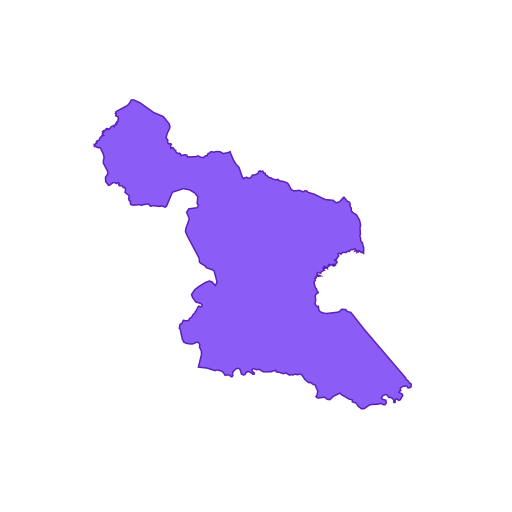 outline of Folon, Denguélé, Ivory Coast, rotated 238°
{"feature_id": "98640826B69523806833990", "entity_name": "Folon", "entity_type": "district", "adm_level": 2, "iso_a3": "CIV", "parent_name": "Ivory Coast", "parent_adm1": "Denguélé", "projection": "robinson", "projection_center": [-7.378, 10.084], "detail": "fine", "context": "isolated", "style": "filled", "palette": "violet", "viewbox_px": 512, "rotation_deg": 238, "n_neighbors": 0, "source": "geoboundaries", "source_scale": "gbopen_adm2", "svg_char_len": 6112}
<svg xmlns="http://www.w3.org/2000/svg" viewBox="0 0 512 512"><g transform="rotate(238 256 256)"><path d="M434.5,177.0L433.5,178.3L431.6,179.3L430.9,180.8L430.0,181.3L423.3,180.5L420.0,179.4L417.9,177.2L415.8,175.8L406.1,175.0L403.9,173.4L402.6,170.1L398.7,167.9L393.9,168.5L393.6,169.3L394.0,173.6L393.2,175.0L391.4,176.0L391.2,178.3L390.3,178.5L389.1,177.3L388.1,177.3L386.3,179.8L384.3,179.7L383.5,181.1L381.7,180.7L379.3,178.6L374.4,180.5L372.1,178.4L370.1,177.8L369.2,178.4L366.5,177.1L365.5,177.3L363.8,179.4L361.5,184.0L359.5,186.1L359.2,187.8L357.3,192.0L356.4,192.6L354.2,192.8L353.1,195.6L349.0,200.7L348.6,202.5L345.6,204.8L345.6,206.4L354.4,218.9L351.6,230.1L347.3,234.7L341.9,237.5L337.1,238.0L331.6,233.8L329.9,234.3L328.6,233.0L328.3,231.2L331.6,224.1L329.9,220.3L322.9,219.2L316.4,211.0L314.2,209.2L310.6,208.5L284.2,206.6L281.0,204.9L279.2,205.2L274.3,207.7L272.6,207.6L267.6,211.5L265.7,212.6L254.6,209.2L252.4,205.9L257.4,205.0L259.6,203.1L260.4,198.6L260.4,191.7L259.9,186.2L257.5,180.9L254.3,180.2L248.8,180.6L245.1,183.9L243.6,184.3L242.1,183.9L241.9,183.3L242.1,182.2L243.5,181.3L243.8,180.3L241.4,176.5L240.9,174.9L240.1,174.2L239.6,171.4L238.2,169.0L238.2,166.6L237.1,164.7L238.2,162.0L239.9,160.6L239.9,160.1L238.0,157.4L238.4,155.7L238.2,155.2L235.3,152.6L234.0,152.9L224.7,149.5L221.1,149.1L218.7,150.8L216.1,153.8L214.9,156.0L214.4,159.7L213.4,161.2L211.0,161.5L208.7,159.8L204.6,159.4L201.4,157.6L192.3,148.3L186.9,155.1L180.5,160.5L180.1,162.6L176.8,165.7L174.7,166.5L171.2,166.6L169.8,169.7L166.5,171.3L166.3,171.8L166.7,172.9L168.6,173.7L170.0,175.3L170.9,178.9L170.4,181.2L169.2,182.2L168.0,182.3L163.5,181.1L161.5,182.6L161.3,183.7L162.3,185.8L162.4,188.1L160.7,189.4L157.2,190.9L156.8,191.9L157.5,192.6L159.9,191.9L161.1,192.0L161.9,192.7L161.7,194.3L159.3,196.2L158.2,198.7L154.4,200.5L153.3,201.7L150.0,207.2L148.7,212.2L147.7,211.8L146.8,211.9L145.1,214.1L141.8,216.7L140.8,219.9L139.8,219.9L137.1,221.4L137.0,222.7L135.5,224.3L135.2,226.0L134.4,227.5L133.4,228.0L133.0,229.7L132.1,231.1L130.7,231.9L125.6,232.0L120.7,233.5L119.8,235.2L116.9,236.4L115.3,237.8L108.6,236.7L105.8,234.2L105.0,232.3L103.3,232.8L102.4,233.9L99.9,239.4L97.7,240.0L96.3,240.9L95.0,242.6L96.0,246.8L95.3,254.5L93.3,254.9L85.2,259.2L82.8,261.6L81.3,260.4L78.1,263.0L74.4,263.1L70.5,264.5L69.2,266.9L69.5,273.5L68.5,276.0L66.0,280.3L64.6,284.0L62.3,285.3L61.5,286.8L62.5,288.7L64.9,289.7L67.3,287.5L68.2,287.1L69.2,287.2L70.4,289.6L69.9,292.5L68.7,293.5L65.7,293.7L64.3,295.6L62.3,296.4L60.3,296.4L59.6,295.5L58.6,295.4L58.1,296.3L60.2,297.8L60.4,299.8L57.9,300.5L57.6,302.2L60.0,306.6L61.4,306.8L64.6,305.0L65.2,305.8L65.1,307.5L66.7,307.8L67.6,309.2L67.6,311.5L66.1,314.6L65.3,315.2L63.9,314.8L63.0,316.0L62.7,317.7L62.9,318.2L65.1,319.7L66.0,319.6L66.8,318.9L69.8,318.7L72.2,317.9L73.2,318.3L136.3,308.9L158.0,306.5L160.5,304.0L163.0,303.8L165.2,300.8L165.4,300.1L164.7,297.7L164.9,295.8L169.8,285.5L171.4,283.4L174.0,281.3L176.3,280.5L180.3,282.2L180.7,281.0L183.5,280.5L184.8,281.2L186.9,283.2L191.1,285.3L191.9,287.2L191.9,289.3L192.4,289.6L194.3,289.2L195.6,289.8L198.2,289.6L203.2,291.3L204.0,293.4L205.9,294.1L205.5,295.5L206.6,296.1L207.1,296.9L206.0,297.6L204.9,300.2L207.5,298.3L208.4,298.2L209.2,298.9L209.0,300.2L207.4,301.2L207.1,301.8L208.2,303.3L207.7,306.4L210.0,306.2L211.2,308.2L210.8,308.8L210.0,308.9L209.2,307.7L208.8,308.4L209.2,309.3L207.6,309.9L208.9,310.5L208.6,311.8L209.7,312.1L210.2,313.2L210.0,313.8L208.7,313.6L208.9,314.4L208.4,315.5L206.4,316.4L206.3,316.8L207.4,316.1L208.0,316.7L207.8,317.6L206.3,318.3L206.3,318.8L207.1,319.5L207.7,321.5L209.0,321.5L210.5,320.5L211.1,320.8L211.1,321.3L210.4,321.9L210.7,323.1L211.7,324.0L211.8,325.7L212.5,326.4L214.3,326.5L214.5,327.6L213.3,328.9L212.5,329.0L213.2,331.1L211.2,334.4L211.5,336.4L210.4,337.5L211.2,339.9L210.2,341.2L209.8,343.5L209.4,343.9L208.5,343.8L207.8,342.5L207.4,344.2L205.6,343.5L205.9,344.7L205.2,345.1L205.9,345.8L205.7,346.4L203.2,347.2L202.8,347.5L202.9,348.1L201.3,348.7L205.9,351.7L209.4,352.6L210.6,353.3L212.9,352.7L216.1,354.3L217.7,354.5L218.4,355.0L218.8,355.9L224.6,359.0L226.8,361.1L231.5,362.8L237.7,363.0L241.7,361.0L243.7,360.8L246.2,362.2L248.0,362.0L250.4,363.5L252.3,363.7L254.0,362.5L259.2,361.8L259.4,360.8L258.6,360.2L258.8,359.5L257.7,355.6L258.7,352.1L262.3,351.0L267.1,344.7L277.9,337.9L282.7,333.6L284.2,333.6L285.4,332.0L285.4,330.0L288.9,327.4L289.9,325.0L291.5,322.3L293.9,321.1L300.2,321.5L301.6,321.1L305.2,318.3L306.1,316.8L308.0,315.5L309.4,315.3L310.1,312.8L311.4,312.1L312.3,311.0L314.2,310.2L315.5,308.7L318.7,307.8L319.6,307.0L321.4,307.6L322.3,306.6L324.5,306.7L324.9,305.0L326.1,304.5L326.2,303.8L326.1,302.7L325.0,301.4L325.4,297.7L326.3,296.5L326.5,295.5L325.6,294.2L325.3,292.4L326.0,290.7L327.8,289.8L327.9,288.6L328.4,287.7L328.3,286.2L330.5,286.3L340.0,288.5L344.5,287.7L348.6,287.7L356.4,288.8L358.1,289.4L358.7,286.3L360.5,282.2L363.0,281.1L364.2,279.9L365.7,277.6L366.3,275.4L368.3,273.2L368.0,270.7L368.3,269.6L367.0,267.7L367.7,266.3L367.4,264.7L367.8,263.0L368.9,261.5L371.7,259.9L372.1,257.7L374.3,253.9L374.4,253.1L375.4,252.3L375.9,250.5L378.2,250.7L379.2,249.9L380.7,246.7L380.6,245.6L382.7,246.0L383.5,245.2L383.8,245.4L384.6,244.0L386.3,243.2L387.3,243.3L387.7,243.8L388.7,243.3L391.6,243.1L392.4,242.4L392.3,240.8L394.6,241.8L395.6,243.5L396.8,242.7L397.6,241.1L399.5,241.5L401.2,242.7L403.8,242.3L407.2,245.9L409.8,250.1L411.1,251.5L414.1,252.4L423.3,251.3L432.0,245.2L447.3,238.9L453.2,235.0L454.4,232.8L452.6,229.6L451.8,226.4L452.7,213.9L452.0,213.5L451.5,212.3L450.5,212.7L449.4,211.3L447.1,212.6L445.1,212.1L444.7,211.2L443.4,210.4L443.6,209.3L442.4,208.9L442.9,207.7L442.4,207.1L441.6,207.3L441.5,206.2L442.2,204.9L441.0,204.2L442.1,203.5L442.4,201.8L441.4,199.4L441.3,198.4L441.4,197.8L442.2,198.0L443.2,197.0L443.2,196.2L442.5,196.2L442.7,195.3L442.4,193.9L442.9,193.8L443.1,193.2L442.7,191.7L441.6,192.2L441.4,190.6L440.9,190.3L438.9,190.6L439.7,189.0L439.1,188.1L439.2,186.9L437.3,184.2L437.8,181.9L437.6,181.3L436.1,181.0L436.5,179.7L435.5,177.9L436.0,177.7L434.5,177.0Z" fill="#8b5cf6" stroke="#5b21b6" stroke-width="1.5"/></g></svg>